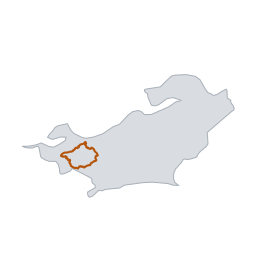 location of Buenos Aires, Puntarenas, Costa Rica, rotated 117°
{"feature_id": "36466004B75428693831232", "entity_name": "Buenos Aires", "entity_type": "district", "adm_level": 2, "iso_a3": "CRI", "parent_name": "Costa Rica", "parent_adm1": "Puntarenas", "projection": "natural_earth1", "projection_center": [-83.259, 9.079], "detail": "fine", "context": "in_parent", "style": "outline", "palette": "amber", "viewbox_px": 256, "rotation_deg": 117, "n_neighbors": 0, "source": "geoboundaries", "source_scale": "gbopen_adm2", "svg_char_len": 6344}
<svg xmlns="http://www.w3.org/2000/svg" viewBox="0 0 256 256"><g transform="rotate(117 128 128)"><path d="M207.2,131.0L207.0,132.0L206.2,133.1L205.0,134.1L203.4,134.9L199.7,132.6L196.0,130.1L193.9,131.3L193.2,134.6L191.8,136.2L190.1,136.9L189.4,138.0L189.3,149.0L189.4,159.5L192.2,159.7L196.8,163.3L198.8,165.4L199.5,167.4L198.9,168.4L195.5,170.6L192.2,173.5L190.5,177.1L193.4,182.9L194.0,186.8L193.9,190.9L193.1,192.9L186.7,197.7L185.3,199.3L185.4,200.5L189.0,203.8L190.7,206.9L192.1,210.7L192.3,214.0L189.1,207.9L184.6,202.1L180.7,198.5L180.4,190.1L178.8,185.5L173.0,181.3L168.0,178.4L164.3,179.0L166.5,183.8L172.4,190.0L172.8,192.4L172.7,195.5L168.7,195.1L165.1,193.8L160.7,193.3L157.8,191.4L151.7,184.0L156.1,177.7L157.4,173.6L157.3,165.0L156.3,160.8L151.6,154.5L144.1,147.5L133.5,141.8L128.6,137.3L116.2,133.7L111.5,131.4L107.9,127.1L107.3,124.0L108.6,119.2L105.2,113.2L90.5,101.2L82.3,96.8L80.6,94.2L79.2,93.4L80.5,101.7L84.1,106.6L93.5,111.3L96.0,114.0L97.1,117.5L91.6,124.2L88.8,125.9L88.0,129.6L86.2,130.7L84.4,128.6L76.8,118.0L62.1,113.0L59.4,109.9L54.0,100.3L51.4,91.5L52.4,85.6L58.4,76.5L60.3,72.5L59.9,70.1L60.1,66.5L57.9,64.0L52.3,60.7L48.8,58.1L49.7,56.8L56.1,53.2L56.6,50.0L56.5,49.0L57.6,48.8L58.5,47.9L59.1,47.0L60.8,44.0L62.4,42.2L64.1,42.0L66.3,43.2L74.3,46.5L83.3,50.2L96.1,55.4L101.4,52.1L105.9,49.5L109.1,49.9L116.0,52.9L120.1,53.8L122.7,53.5L127.0,57.9L129.4,61.2L129.8,63.4L131.2,64.5L134.6,64.8L143.0,67.0L148.1,66.6L152.7,64.2L155.3,61.4L156.1,57.0L157.3,59.2L158.7,62.6L159.3,67.1L165.3,81.9L170.1,90.2L180.6,105.3L185.2,108.1L192.9,120.2L195.5,122.3L197.0,125.8L205.0,128.8L207.2,131.0Z" fill="#d9dde1" stroke="#a8b0b8" stroke-width="1"/><path d="M178.8,173.4L179.1,173.7L179.2,173.8L179.4,173.9L179.7,174.1L179.8,174.1L180.0,174.2L180.1,174.4L180.2,174.5L180.4,174.6L180.6,174.7L181.2,175.0L181.7,175.0L182.2,175.2L182.9,175.2L183.0,175.2L183.3,174.9L183.4,174.7L183.4,174.4L183.0,174.2L182.8,173.9L182.8,173.5L182.8,173.4L182.8,173.2L183.0,172.9L183.1,172.6L182.8,172.2L182.7,171.9L182.4,171.9L182.2,171.6L181.9,171.3L181.8,171.2L181.7,170.8L181.5,170.7L181.6,170.4L181.6,170.2L181.7,169.9L181.7,169.7L181.9,169.7L182.0,169.7L182.3,169.6L182.5,169.4L182.9,169.4L183.0,169.4L183.0,169.2L182.9,169.2L182.9,168.6L182.8,168.4L182.6,168.3L182.6,168.2L182.8,167.7L183.1,167.7L183.3,167.6L183.5,167.4L183.7,167.2L183.8,166.9L183.7,166.6L183.6,166.3L183.6,166.1L183.4,165.9L183.3,165.7L183.0,165.6L182.8,165.5L182.7,165.4L183.1,164.9L183.5,164.7L183.9,164.7L184.2,164.7L184.5,164.8L184.9,164.8L185.2,164.8L185.3,164.7L185.6,164.3L185.6,164.0L185.8,163.8L185.9,163.4L186.0,163.1L186.2,162.8L186.3,162.8L186.6,162.8L186.7,162.6L186.9,162.5L187.2,162.0L187.4,161.9L187.7,161.6L187.6,161.0L187.6,160.9L187.7,160.7L187.9,160.3L187.9,160.1L187.8,159.9L188.0,159.2L187.8,158.8L187.8,158.6L188.0,158.2L188.0,157.9L187.9,157.7L187.7,157.5L187.6,157.4L187.6,157.2L187.4,156.8L187.4,156.5L187.2,156.4L187.1,156.0L186.9,155.8L186.8,155.6L186.9,155.3L186.8,154.7L186.9,154.4L186.7,154.1L186.4,154.2L186.1,154.2L185.6,154.0L185.2,154.0L185.1,153.9L184.5,153.9L184.3,153.9L184.2,153.7L184.0,153.4L183.8,153.3L183.7,153.2L183.5,152.9L183.4,152.5L183.4,152.4L183.6,152.2L183.8,152.1L183.8,151.9L183.7,151.8L183.7,151.7L183.4,151.4L183.3,151.2L182.9,150.9L182.9,150.6L182.8,150.2L182.9,149.9L183.1,149.7L183.1,149.4L183.1,149.1L182.8,148.9L182.6,148.8L182.3,148.8L182.1,148.8L181.9,148.7L181.7,148.6L181.6,148.3L181.4,148.2L181.1,148.0L181.0,147.9L180.9,147.7L180.3,147.6L180.2,147.5L180.2,147.4L179.7,146.9L179.6,146.7L179.4,146.5L179.2,146.4L179.1,146.2L178.9,146.0L178.8,145.8L178.7,145.7L178.6,145.4L178.5,145.2L178.3,144.9L178.2,144.9L177.9,144.8L177.5,145.0L177.1,144.9L176.9,145.0L176.3,145.1L176.1,145.1L175.8,145.0L175.7,144.8L175.4,144.6L175.3,144.3L175.1,144.1L174.9,144.1L174.5,144.0L174.0,143.7L173.6,143.5L173.4,143.2L173.2,143.2L172.8,143.1L172.7,142.8L172.6,142.6L172.4,142.4L172.1,142.0L172.0,141.9L171.8,141.8L171.7,141.7L171.4,141.6L170.9,141.7L170.8,141.8L170.7,141.9L170.6,142.1L170.3,142.4L170.3,142.5L170.2,142.6L170.1,142.9L170.0,143.1L169.9,143.3L169.7,143.4L169.5,143.5L169.2,143.6L168.8,143.6L168.2,143.7L167.9,143.9L167.7,144.0L167.5,143.9L167.4,143.7L167.3,143.4L167.2,143.3L166.9,143.2L166.8,142.9L166.6,142.7L166.4,142.6L166.2,142.5L165.9,142.8L165.7,143.0L165.5,143.3L165.4,143.4L165.2,143.5L165.0,143.9L164.9,144.1L164.7,144.3L164.6,144.6L164.4,144.9L164.3,145.4L164.2,145.8L164.1,146.2L164.0,146.6L163.9,146.8L163.8,147.0L163.5,147.6L163.3,148.0L163.2,148.1L162.6,148.3L162.5,148.5L162.4,148.8L162.4,149.0L162.3,149.3L162.3,149.6L162.2,149.7L162.2,150.0L162.1,150.4L162.0,150.5L161.9,150.6L161.6,151.1L161.9,150.9L162.0,150.9L162.0,151.1L162.0,151.4L162.2,151.7L162.6,151.7L162.7,151.8L162.8,151.9L163.0,152.0L163.3,152.1L163.3,151.9L163.5,151.8L163.7,152.1L163.7,152.4L163.9,152.6L164.0,152.8L163.9,153.4L164.2,154.0L164.2,154.4L163.8,154.4L163.7,154.7L163.6,154.9L163.6,155.1L163.7,155.3L163.8,155.5L164.0,155.7L164.1,155.9L164.1,156.3L163.4,156.8L163.3,157.0L163.2,157.1L162.7,157.4L162.5,157.6L162.4,157.8L162.5,158.0L162.6,158.3L162.3,158.6L162.2,158.6L161.8,158.5L161.6,158.3L161.3,158.4L161.1,158.4L160.8,158.4L160.6,158.4L160.5,158.5L160.3,158.8L160.3,159.0L160.1,159.1L159.9,159.3L159.8,159.5L160.0,159.8L160.4,159.9L160.8,160.1L161.3,160.1L161.5,160.2L161.9,160.3L162.1,160.4L162.3,160.7L162.4,160.8L162.8,161.0L163.0,161.3L163.0,161.5L163.3,161.8L163.5,162.0L163.8,162.2L163.9,162.3L164.0,162.4L164.2,162.9L164.4,163.0L164.5,163.0L165.0,163.1L165.3,163.1L165.5,163.3L166.1,163.3L166.3,163.6L166.5,163.9L166.6,164.0L166.8,164.0L166.9,163.8L166.9,163.4L166.9,163.2L167.1,163.1L167.3,163.1L167.6,163.2L167.7,163.5L167.8,163.5L168.1,163.5L168.7,163.8L169.0,164.0L169.1,164.9L169.0,165.1L169.0,165.3L169.7,165.8L170.5,166.0L170.7,165.8L170.9,165.7L171.0,165.7L171.2,165.8L171.4,165.8L171.7,165.9L172.1,166.2L172.3,166.4L172.4,166.6L172.7,166.8L172.8,166.8L173.1,166.7L173.3,166.6L173.6,166.8L173.7,167.0L174.0,167.2L174.2,167.3L174.4,167.3L174.7,167.4L174.8,167.6L174.8,167.8L174.9,168.2L175.0,168.3L175.2,168.5L175.3,168.8L175.5,169.0L176.2,169.6L176.3,169.8L176.5,170.0L176.8,170.3L176.9,170.5L177.0,170.6L177.3,170.9L177.3,171.0L177.7,171.4L177.8,171.5L177.8,171.8L178.0,172.0L178.2,172.6L178.3,172.8L178.7,173.1L178.8,173.4L178.8,173.4Z" fill="none" stroke="#b45309" stroke-width="2"/></g></svg>